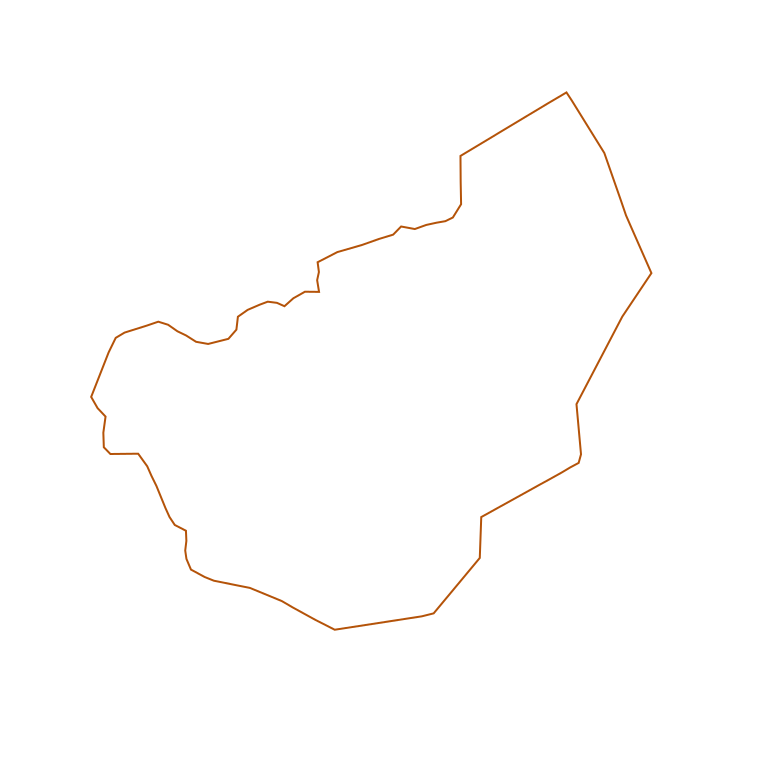 Bocaina, Piauí, Brazil, rotated 345°
{"feature_id": "56859067B26785304367831", "entity_name": "Bocaina", "entity_type": "district", "adm_level": 2, "iso_a3": "BRA", "parent_name": "Brazil", "parent_adm1": "Piauí", "projection": "mercator", "projection_center": [-41.325, -6.904], "detail": "fine", "context": "isolated", "style": "outline", "palette": "amber", "viewbox_px": 768, "rotation_deg": 345, "n_neighbors": 0, "source": "geoboundaries", "source_scale": "gbopen_adm2", "svg_char_len": 1184}
<svg xmlns="http://www.w3.org/2000/svg" viewBox="0 0 768 768"><g transform="rotate(345 384 384)"><path d="M372.6,618.4L431.5,576.8L443.5,537.7L508.5,521.5L519.6,518.8L532.7,515.5L542.2,512.8L551.6,510.6L556.1,502.9L564.7,453.3L631.6,380.6L671.0,346.1L663.1,294.9L661.4,283.7L660.4,268.9L656.6,217.9L638.7,158.6L635.7,149.6L614.1,155.6L591.4,162.1L516.9,183.5L510.3,208.9L505.0,230.3L493.6,241.0L485.4,242.6L476.6,241.8L466.0,241.3L453.9,242.3L441.3,236.3L431.5,242.1L416.6,242.6L399.0,244.0L373.1,244.5L351.4,249.2L350.1,259.0L346.3,266.4L345.1,278.2L331.5,274.4L318.7,277.7L308.0,283.1L301.6,277.9L293.0,274.4L284.6,275.2L271.5,277.1L260.3,281.2L255.5,293.3L245.4,300.1L224.5,299.8L213.4,294.6L205.4,285.9L198.1,279.6L190.8,270.9L182.1,265.4L170.1,266.2L146.7,267.2L136.8,270.0L126.2,282.2L97.8,320.7L101.1,333.2L106.6,343.4L100.3,358.4L97.0,372.6L101.6,380.8L128.5,387.7L134.0,402.2L135.6,412.5L137.8,423.6L140.8,447.3L142.4,457.0L145.4,466.0L154.7,474.5L152.5,484.4L148.9,493.4L147.9,501.8L149.5,513.3L160.8,524.0L168.8,530.0L191.0,541.0L201.6,546.2L229.2,567.3L237.8,576.0L256.9,594.3L272.8,608.6L360.4,618.2L372.6,618.4Z" fill="none" stroke="#b45309" stroke-width="2"/></g></svg>